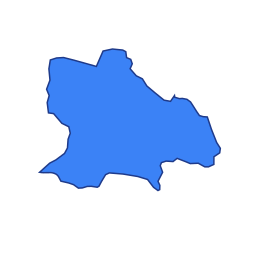 the district of Kembé, Basse-Kotto, Central African Republic, rotated 18°
{"feature_id": "33826404B30338372331060", "entity_name": "Kembé", "entity_type": "district", "adm_level": 2, "iso_a3": "CAF", "parent_name": "Central African Republic", "parent_adm1": "Basse-Kotto", "projection": "albers", "projection_center": [21.614, 4.522], "detail": "fine", "context": "isolated", "style": "filled", "palette": "blue", "viewbox_px": 256, "rotation_deg": 18, "n_neighbors": 0, "source": "geoboundaries", "source_scale": "gbopen_adm2", "svg_char_len": 1248}
<svg xmlns="http://www.w3.org/2000/svg" viewBox="0 0 256 256"><g transform="rotate(18 128 128)"><path d="M162.2,82.8L160.2,89.5L153.7,90.4L142.5,86.1L132.9,82.2L126.5,76.8L119.7,75.8L111.7,71.0L112.2,65.6L109.4,61.9L104.9,61.5L102.3,56.1L98.9,55.5L88.8,57.7L80.5,62.5L78.9,79.2L77.4,79.3L64.8,79.8L55.8,80.2L44.9,80.9L38.4,83.5L33.1,87.3L34.5,96.2L39.0,106.6L38.6,116.3L43.0,121.5L43.3,128.8L47.7,138.2L52.8,137.3L63.7,144.0L71.3,145.1L74.7,150.8L74.5,157.2L76.6,165.7L75.5,171.8L69.3,180.6L64.4,185.6L57.6,197.4L59.5,197.1L61.5,196.6L63.8,195.8L66.5,194.9L67.9,194.4L69.6,194.0L71.7,193.9L73.8,194.1L75.4,194.7L76.8,195.6L80.6,199.3L88.6,198.6L93.7,198.7L99.4,200.5L103.1,199.1L107.2,196.2L111.1,194.8L117.1,193.8L118.4,192.3L119.3,187.1L121.1,179.3L124.1,176.5L137.6,173.3L152.3,171.1L162.5,170.9L170.6,176.5L175.8,178.2L177.2,176.8L176.0,172.7L173.0,169.4L174.6,159.4L170.3,153.9L170.5,150.6L174.5,147.7L181.2,146.0L184.1,141.7L193.2,142.2L198.2,142.6L205.7,139.8L213.0,141.2L216.5,140.1L220.9,136.1L218.6,128.8L222.9,123.3L222.1,118.8L216.8,114.4L207.7,103.4L200.0,93.0L195.9,94.0L192.1,94.1L188.3,91.2L183.1,86.9L179.4,83.9L175.2,82.5L170.5,83.1L167.8,84.2L162.9,84.3L162.2,82.8Z" fill="#3b82f6" stroke="#1e3a8a" stroke-width="1.5"/></g></svg>